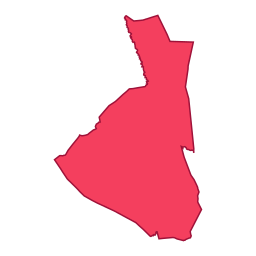 Santa Catarina Tayata, Oaxaca, Mexico (Albers equal-area conic projection)
{"feature_id": "50627088B92542152124342", "entity_name": "Santa Catarina Tayata", "entity_type": "district", "adm_level": 2, "iso_a3": "MEX", "parent_name": "Mexico", "parent_adm1": "Oaxaca", "projection": "albers", "projection_center": [-97.553, 17.341], "detail": "fine", "context": "isolated", "style": "filled", "palette": "rose", "viewbox_px": 256, "rotation_deg": 0, "n_neighbors": 0, "source": "geoboundaries", "source_scale": "gbopen_adm2", "svg_char_len": 3388}
<svg xmlns="http://www.w3.org/2000/svg" viewBox="0 0 256 256"><path d="M193.3,42.1L170.0,41.4L167.1,34.5L157.8,15.4L156.0,16.0L154.3,16.5L150.5,17.7L146.9,18.9L146.0,19.1L145.2,19.4L143.0,20.1L140.3,20.4L139.3,20.5L138.2,20.6L136.0,20.8L133.8,21.0L131.1,19.2L128.4,17.3L126.5,16.0L126.1,15.8L125.4,16.3L125.1,16.8L124.6,17.6L124.6,18.0L125.1,18.0L125.2,18.5L125.2,18.8L125.3,19.8L125.5,19.8L125.9,19.8L126.2,20.2L126.7,20.9L126.7,21.5L126.5,22.0L126.5,22.5L126.8,23.6L126.7,24.2L126.3,24.8L126.8,25.4L127.1,25.7L127.3,26.0L127.2,26.3L127.1,27.4L128.2,28.1L128.4,28.7L128.2,29.5L128.6,30.2L128.4,31.5L128.8,32.3L129.1,32.2L129.5,32.6L130.3,32.7L131.0,33.5L131.4,33.7L131.4,34.1L131.1,34.4L130.1,35.8L130.4,36.8L131.4,36.8L131.5,37.3L130.8,37.9L131.3,38.8L132.2,39.5L132.4,40.3L132.3,41.3L133.0,42.3L134.1,42.0L134.4,42.2L134.7,42.8L134.6,43.5L135.0,44.8L135.1,45.8L135.2,46.0L135.1,46.3L135.3,47.2L135.3,47.9L135.5,48.4L135.9,48.4L136.1,48.8L137.2,49.5L137.6,50.1L137.5,50.8L137.0,51.5L136.5,52.2L136.7,52.7L137.1,52.7L138.2,54.0L138.3,54.2L138.2,55.0L139.0,55.1L139.3,55.9L139.2,57.0L139.7,57.0L139.9,57.7L139.6,58.8L140.3,58.9L140.7,60.5L141.1,61.1L141.7,61.5L142.1,61.9L142.1,62.9L141.3,63.0L140.9,63.9L141.8,64.3L142.3,64.8L142.5,65.5L142.1,66.1L141.9,66.7L142.9,66.6L143.4,66.9L143.2,67.6L143.4,68.2L143.4,69.3L143.5,69.6L143.6,70.0L143.8,71.0L144.7,72.0L144.8,72.5L144.4,72.7L144.0,72.9L143.7,74.8L144.1,75.3L145.0,75.4L145.3,75.6L145.2,75.8L145.1,77.6L146.0,77.6L146.3,77.7L146.5,78.9L146.6,79.1L146.4,79.7L147.0,80.1L147.7,80.3L148.2,81.2L146.5,81.8L146.9,82.7L147.5,83.5L147.3,84.3L146.5,84.2L146.6,84.8L145.8,85.5L145.4,86.3L145.0,86.6L138.1,87.7L133.0,88.6L129.3,88.9L126.2,91.8L123.0,94.5L115.4,101.5L113.6,102.7L109.1,105.6L107.9,107.0L104.7,110.7L99.3,117.0L99.2,117.2L100.2,122.0L98.6,122.3L98.0,123.2L96.4,124.1L95.6,125.9L95.4,126.7L96.3,128.6L94.8,129.5L93.5,129.9L89.1,133.3L87.8,134.5L85.2,135.3L84.5,135.4L82.8,135.7L81.7,135.7L79.6,135.1L79.3,136.1L77.6,138.4L73.0,144.0L68.1,150.3L66.0,154.1L65.8,154.5L65.1,155.2L63.5,155.4L62.8,155.8L60.7,155.6L59.6,155.7L59.0,156.2L57.7,157.2L57.2,157.6L54.5,159.7L56.8,163.1L60.6,168.7L62.6,171.9L64.2,174.3L66.6,177.9L67.1,178.7L68.5,180.2L69.8,181.4L76.7,188.2L80.0,191.8L83.6,195.3L84.2,195.9L92.0,200.3L97.2,203.0L99.6,204.1L108.6,208.3L114.0,210.8L126.4,217.5L135.8,222.6L139.8,226.3L143.2,229.3L150.2,236.2L150.9,236.4L153.6,234.8L153.6,235.4L154.3,234.9L155.2,235.0L156.1,233.1L155.9,232.3L156.8,231.7L157.1,231.8L157.3,232.8L159.0,238.8L161.7,238.5L164.6,238.2L172.9,237.5L174.5,237.7L177.0,238.9L182.8,240.4L183.5,240.6L184.0,240.2L184.8,240.3L185.1,240.1L185.9,239.4L187.4,238.8L189.0,238.1L190.4,237.8L191.2,235.9L190.7,234.3L190.2,231.5L201.5,209.5L197.8,202.2L197.7,201.2L198.0,198.8L197.6,195.7L199.0,192.0L197.8,188.7L197.6,187.3L196.6,185.0L194.0,179.6L191.0,175.3L190.3,173.6L189.3,170.9L185.4,160.6L184.3,157.7L183.7,155.7L183.0,153.0L181.4,146.9L182.7,147.9L182.5,147.0L182.8,147.2L183.1,147.1L183.7,146.9L183.9,146.9L184.4,146.7L184.8,146.7L185.3,146.9L185.7,147.3L186.1,147.6L186.4,148.2L186.5,148.8L186.8,149.1L187.1,149.3L187.9,149.5L188.6,149.5L189.2,149.8L189.6,150.1L190.1,150.3L190.5,150.4L191.0,150.4L191.9,150.1L193.2,150.4L193.7,151.6L193.6,152.1L193.9,152.8L193.7,151.0L193.8,148.8L188.7,98.6L185.4,86.9L188.0,69.1L188.1,66.0L193.3,42.1Z" fill="#f43f5e" stroke="#9f1239" stroke-width="1.5"/></svg>